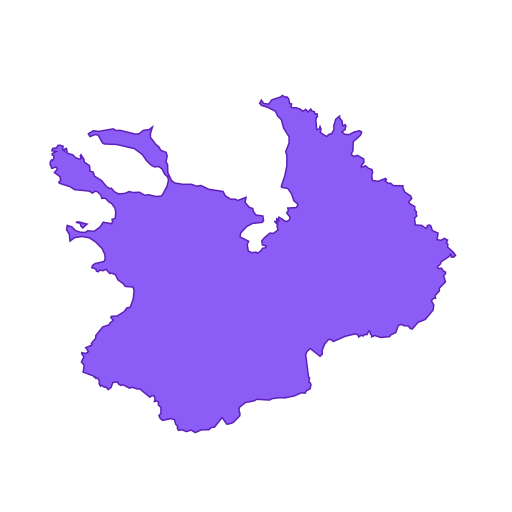 the district of Kentrikis Makedonias, Kentriki Makedonia, Greece, rotated 167°
{"feature_id": "26713481B13719921321351", "entity_name": "Kentrikis Makedonias", "entity_type": "district", "adm_level": 2, "iso_a3": "GRC", "parent_name": "Greece", "parent_adm1": "Kentriki Makedonia", "projection": "equal_earth", "projection_center": [23.125, 40.657], "detail": "fine", "context": "isolated", "style": "filled", "palette": "violet", "viewbox_px": 512, "rotation_deg": 167, "n_neighbors": 0, "source": "geoboundaries", "source_scale": "gbopen_adm2", "svg_char_len": 6110}
<svg xmlns="http://www.w3.org/2000/svg" viewBox="0 0 512 512"><g transform="rotate(167 256 256)"><path d="M370.8,103.6L367.0,103.2L363.4,100.6L358.3,100.9L354.9,97.6L348.3,98.9L341.0,97.3L338.0,99.0L335.1,98.5L325.4,106.2L322.3,98.7L319.4,98.4L315.7,98.9L307.8,103.9L307.0,106.4L307.5,108.7L306.3,112.2L299.3,115.6L290.2,115.3L287.5,116.2L275.2,112.6L272.8,113.4L265.9,112.8L259.4,111.2L249.7,111.1L242.7,112.5L239.1,111.3L236.8,113.6L233.2,114.4L231.4,118.2L231.7,120.3L232.8,121.3L231.3,125.1L232.0,126.6L229.8,148.6L227.8,151.5L223.9,153.6L216.2,143.9L213.4,145.5L212.8,149.1L208.9,154.8L204.3,158.2L201.9,157.9L199.9,155.3L187.0,157.7L176.5,157.8L174.2,155.9L174.2,154.0L171.3,155.1L169.6,153.9L168.0,155.1L165.7,154.4L162.9,157.6L162.0,157.3L162.1,154.4L161.1,152.6L161.5,151.2L158.1,151.8L152.7,148.5L144.0,147.4L142.3,148.8L137.1,149.9L133.0,156.2L129.8,156.7L127.4,154.7L123.4,153.6L121.9,150.5L120.2,149.7L113.1,154.9L105.3,156.1L95.7,163.4L93.8,168.2L95.1,172.6L94.4,173.6L93.0,174.7L90.6,174.4L90.6,177.0L85.3,180.6L84.5,183.5L77.2,188.1L77.6,194.7L75.3,196.1L74.9,197.6L76.6,199.0L78.1,202.4L81.4,202.9L81.6,204.7L78.0,206.8L77.2,208.6L67.6,212.3L66.2,213.9L65.5,212.9L65.9,210.9L63.5,210.5L61.4,211.7L62.9,215.3L67.4,221.7L66.4,224.1L67.4,226.3L65.7,228.4L68.5,230.8L72.2,229.7L75.9,231.1L73.5,237.4L78.5,241.1L78.8,245.7L79.8,247.1L82.2,247.2L83.0,245.3L84.3,244.8L87.8,248.6L93.8,250.4L93.1,257.0L90.2,259.0L90.6,261.4L89.7,262.7L90.9,265.2L90.2,268.4L94.8,272.8L94.9,274.4L91.3,277.0L91.9,279.9L96.6,284.7L97.6,289.6L97.1,291.4L106.4,293.7L108.4,296.6L110.8,297.0L113.3,300.1L111.7,301.1L112.4,302.5L120.2,301.3L125.6,303.5L125.1,308.5L123.5,311.3L123.6,314.3L126.5,315.9L129.0,319.3L132.9,318.6L133.6,319.8L129.8,322.8L129.2,326.3L134.6,331.3L138.3,331.0L140.0,332.9L140.0,334.4L137.9,336.7L135.6,345.4L127.0,350.2L125.1,353.0L127.0,354.8L132.2,354.8L138.0,353.3L142.4,354.7L144.3,357.6L140.8,359.1L139.1,362.7L139.6,363.9L142.3,363.4L141.7,368.0L143.4,371.5L143.1,373.5L147.5,371.3L150.9,365.4L151.7,361.4L154.9,358.1L157.0,358.3L160.4,356.6L165.5,361.8L164.1,365.1L164.5,367.7L165.9,365.5L168.4,365.5L167.2,374.5L166.1,377.4L164.8,377.9L164.4,380.7L166.6,381.2L166.8,383.6L168.9,384.6L169.6,386.9L172.8,384.6L174.6,387.7L178.0,386.5L179.6,388.9L183.0,391.2L187.5,392.5L188.5,393.7L187.1,396.1L188.9,397.2L188.8,401.8L190.3,404.3L191.5,403.9L194.2,406.5L196.3,405.4L205.5,404.6L209.5,401.1L214.2,402.9L215.7,406.7L218.1,404.0L216.8,401.5L211.1,398.2L204.5,392.6L203.4,387.4L200.6,383.2L200.3,374.3L197.0,364.8L198.3,358.7L203.6,351.0L203.3,346.9L205.7,336.9L209.9,327.6L215.7,318.2L215.4,317.0L209.9,314.7L207.4,308.7L206.7,301.3L203.4,296.9L205.7,294.1L214.3,295.6L214.2,293.1L216.4,291.0L214.1,286.1L215.6,283.4L219.0,282.7L224.9,288.7L226.3,287.0L225.3,284.6L227.4,287.5L228.0,286.1L227.6,283.9L230.3,285.8L227.7,281.5L228.9,280.4L228.6,276.5L233.9,274.1L237.3,275.2L244.2,271.6L247.0,269.4L247.3,265.4L243.7,263.3L245.1,261.8L247.9,262.1L250.4,259.7L254.2,258.3L255.1,259.8L259.4,260.2L262.4,262.7L262.0,269.2L259.8,272.0L267.3,278.2L265.7,281.9L258.5,286.8L252.1,288.5L242.5,287.4L240.7,288.5L240.3,293.4L246.9,296.0L248.6,300.4L248.5,303.1L251.4,304.7L254.6,310.6L252.5,315.4L261.3,314.2L263.4,316.0L267.9,317.1L272.4,321.6L273.6,326.3L287.1,331.7L293.8,337.1L298.4,337.5L302.7,340.4L310.8,342.2L318.7,345.4L321.3,348.4L322.4,353.3L324.4,353.2L324.1,349.9L326.8,344.3L333.0,337.0L335.2,335.7L339.8,336.4L347.1,339.9L350.6,340.1L355.3,344.4L361.6,345.5L365.0,347.3L369.9,346.5L376.0,347.4L379.7,350.7L381.7,354.6L383.6,354.7L386.1,357.4L389.6,364.4L395.6,370.3L395.7,374.3L398.6,376.0L397.9,381.4L402.1,386.1L401.9,389.1L403.8,394.0L404.7,393.2L404.5,390.3L406.0,390.1L409.7,392.3L411.8,395.9L416.6,398.5L416.5,403.5L419.3,403.1L419.1,401.4L420.1,402.5L420.5,403.9L419.2,406.2L422.0,408.0L424.0,408.4L426.0,406.3L429.9,406.5L431.3,404.5L427.0,402.7L431.6,401.6L431.8,400.2L430.3,398.8L430.7,397.5L432.6,395.0L433.7,395.6L435.2,394.1L436.0,391.9L435.2,387.3L431.0,387.6L430.1,386.3L430.3,385.0L433.7,382.7L429.1,377.4L429.4,373.5L431.6,372.3L431.2,371.1L421.6,365.4L417.9,361.5L403.8,356.7L401.1,354.0L398.5,355.3L396.1,354.4L393.4,350.1L393.3,346.8L389.8,346.2L387.0,341.5L384.9,339.7L382.7,334.5L382.8,330.5L384.7,324.3L388.1,324.1L387.9,322.1L389.3,319.9L397.2,323.3L401.3,319.4L408.3,316.4L414.4,318.5L416.8,317.4L421.4,318.5L426.0,321.2L429.0,325.9L433.0,328.3L434.7,324.3L433.0,319.2L433.9,312.4L428.4,314.7L420.9,314.1L414.2,311.1L409.0,305.6L404.1,297.5L403.0,291.5L403.6,287.2L405.3,284.9L414.6,284.8L417.1,283.7L418.7,281.6L414.9,279.2L414.9,277.2L413.1,276.1L411.8,277.4L408.2,276.1L405.1,276.8L402.6,271.9L400.4,271.7L397.1,269.3L395.9,263.8L391.7,259.1L390.3,255.8L382.8,253.4L382.6,249.6L385.2,242.0L390.1,234.3L393.5,234.5L396.9,231.5L405.0,228.7L410.4,229.8L411.3,228.5L409.4,225.6L413.2,223.7L414.5,222.0L421.2,221.4L430.0,214.6L430.7,211.9L436.1,207.9L436.0,206.1L442.5,205.0L440.8,200.5L443.9,199.3L447.4,201.0L447.8,199.8L446.3,196.6L450.0,192.0L448.0,188.2L450.6,181.7L441.5,175.8L440.9,174.3L439.7,174.2L439.6,172.6L437.5,172.6L436.8,168.5L437.7,167.1L436.8,164.2L435.9,164.9L433.0,162.1L431.6,162.1L430.1,159.1L426.8,160.5L424.0,164.9L419.4,164.6L419.0,162.6L417.1,160.4L414.3,160.3L409.1,155.7L406.0,155.9L401.5,153.0L399.4,152.9L391.1,142.3L388.9,143.3L386.7,142.6L386.5,139.4L387.8,137.1L385.5,137.1L383.8,135.5L384.7,132.8L382.7,129.9L384.0,124.2L386.5,122.3L385.8,119.1L383.9,116.8L375.6,116.7L372.3,114.9L372.1,110.2L370.7,108.2L371.4,106.1L370.8,103.6ZM331.1,365.3L328.1,362.3L326.6,356.3L324.5,353.3L322.4,353.5L323.2,357.0L321.6,364.9L322.5,368.0L320.0,373.5L320.3,377.2L325.1,380.5L325.9,383.9L328.5,387.3L332.2,395.4L331.3,399.0L327.9,405.0L331.7,403.2L337.4,403.8L342.2,401.5L345.7,401.7L360.1,409.0L364.3,409.8L366.5,412.0L381.5,412.8L386.2,414.7L391.9,412.8L390.9,409.7L385.7,410.5L382.7,409.4L380.1,400.6L378.6,399.3L366.7,396.0L350.3,388.0L343.9,380.4L341.1,373.3L337.9,368.3L334.6,365.5L331.1,365.3ZM420.1,327.6L419.9,324.8L418.6,322.3L413.4,325.1L421.6,329.4L423.9,329.2L420.1,327.6Z" fill="#8b5cf6" stroke="#5b21b6" stroke-width="1.5"/></g></svg>